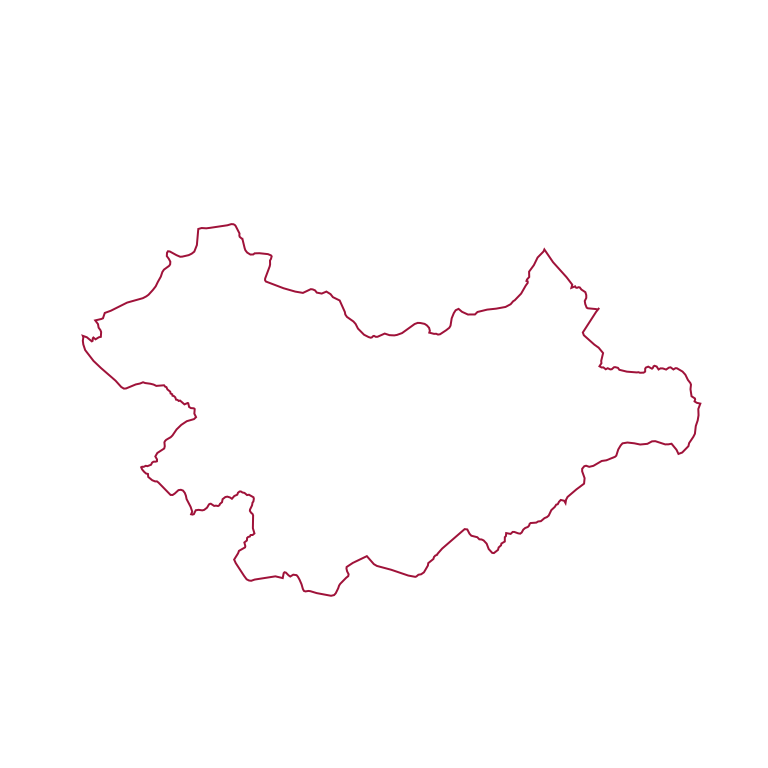 outline of Kabinda, Kasaï-Oriental, Democratic Republic of the Congo, rotated 322°
{"feature_id": "63176286B78021290688444", "entity_name": "Kabinda", "entity_type": "district", "adm_level": 2, "iso_a3": "COD", "parent_name": "Democratic Republic of the Congo", "parent_adm1": "Kasaï-Oriental", "projection": "orthographic", "projection_center": [24.619, -6.075], "detail": "fine", "context": "isolated", "style": "outline", "palette": "rose", "viewbox_px": 768, "rotation_deg": 322, "n_neighbors": 0, "source": "geoboundaries", "source_scale": "gbopen_adm2", "svg_char_len": 6166}
<svg xmlns="http://www.w3.org/2000/svg" viewBox="0 0 768 768"><g transform="rotate(322 384 384)"><path d="M333.1,147.5L322.1,159.3L316.0,162.9L312.7,162.9L309.4,162.2L303.4,159.4L301.7,158.2L299.8,154.7L296.8,147.7L295.5,146.4L293.8,147.0L291.6,149.5L291.5,152.9L290.9,156.1L289.2,158.0L287.6,158.6L281.0,158.4L278.3,159.3L274.2,162.0L268.7,164.3L264.2,166.5L259.8,167.6L253.4,168.7L250.6,168.6L246.8,167.9L231.7,161.7L213.9,158.1L207.7,156.1L203.0,159.2L201.2,158.7L195.6,156.1L195.5,160.7L193.8,163.9L193.7,166.9L193.1,168.9L189.9,172.5L188.0,171.6L184.2,171.2L183.6,168.5L182.7,168.7L180.9,170.6L180.0,170.5L178.6,164.2L176.3,160.6L175.8,162.1L173.3,164.5L171.4,167.7L169.4,173.3L169.3,186.9L170.8,197.1L174.5,216.1L175.1,224.6L176.2,227.5L178.0,228.7L188.1,231.5L192.0,233.4L195.2,234.3L196.4,236.2L200.0,239.9L202.1,242.6L203.4,245.3L209.9,249.6L209.9,251.4L210.6,252.5L210.0,254.9L210.8,258.4L210.0,260.1L210.8,261.7L210.1,263.0L211.0,264.2L211.3,266.0L210.5,268.3L211.5,269.4L211.8,271.0L213.1,271.5L214.2,277.2L217.6,278.1L217.9,278.6L216.3,282.1L217.0,284.1L219.2,286.1L219.4,287.2L216.3,290.6L215.5,294.4L212.7,294.7L205.7,291.9L199.1,291.4L192.6,292.1L185.7,294.3L183.3,294.6L178.1,293.9L176.5,294.1L175.1,294.7L172.9,298.1L171.1,299.5L162.9,298.8L159.2,300.3L158.7,303.7L157.5,305.1L156.2,304.6L154.5,303.3L152.8,303.2L150.7,304.2L147.0,303.1L145.9,301.8L143.6,301.3L142.5,300.3L141.4,300.1L140.8,302.4L140.9,305.4L141.4,308.1L142.6,309.5L141.0,312.1L142.1,317.1L143.7,319.9L145.1,320.9L145.6,322.8L147.5,340.0L149.1,341.3L151.6,341.5L156.7,341.1L158.8,342.3L160.0,344.2L160.0,347.1L159.1,350.1L157.6,353.1L156.0,361.7L154.3,366.5L151.8,367.9L152.7,369.0L154.0,369.5L157.9,367.6L160.4,369.0L163.0,371.7L164.8,372.5L168.4,372.5L172.0,371.1L173.1,371.3L173.8,371.7L175.1,375.5L176.7,376.4L178.1,378.0L179.6,378.2L181.0,377.5L183.6,377.4L185.9,375.4L189.4,375.4L191.2,376.3L192.8,378.6L193.5,380.8L197.1,380.1L200.2,380.9L202.0,379.8L204.0,379.8L205.0,380.5L205.7,382.4L207.0,383.9L207.7,387.2L209.4,388.1L211.4,392.9L210.8,394.3L208.7,396.2L207.4,396.5L205.3,398.4L201.2,400.4L200.2,401.4L200.0,403.7L200.4,405.3L200.0,406.9L191.9,416.9L189.9,422.0L187.5,422.1L185.9,420.9L184.3,421.6L182.8,420.9L181.4,421.0L179.6,422.9L176.4,422.9L174.9,426.4L173.9,427.2L167.0,426.2L164.7,427.6L157.8,430.1L156.9,433.9L155.6,449.1L155.5,453.3L156.6,455.7L158.2,457.3L161.7,458.5L180.0,468.7L184.7,474.6L188.5,471.3L189.7,471.1L190.6,472.3L191.0,476.0L191.6,478.0L195.1,478.4L197.4,480.8L197.5,482.8L197.0,486.1L195.7,491.1L193.9,495.5L193.5,497.7L194.4,499.1L197.0,500.5L198.4,501.9L202.2,507.3L211.9,518.3L214.7,519.6L217.1,519.2L222.1,516.8L224.5,515.2L226.5,514.5L234.9,513.4L237.5,513.4L239.0,512.1L239.6,508.9L240.8,506.3L241.9,505.2L249.4,505.8L264.5,509.1L265.1,519.7L266.4,523.0L275.3,534.8L285.2,549.9L289.9,555.2L291.0,555.6L293.7,555.5L296.1,556.8L299.5,557.0L306.8,554.1L308.6,552.4L315.2,552.3L316.9,551.1L318.8,550.8L320.8,551.3L321.5,550.8L328.5,549.5L358.2,548.0L360.1,549.9L359.2,554.6L359.4,557.3L363.2,562.2L363.5,565.1L365.2,566.6L366.2,568.6L366.6,573.0L364.9,578.5L365.3,583.7L366.5,584.9L371.7,584.9L373.7,583.4L376.9,583.2L378.3,582.0L382.2,582.5L384.9,579.1L386.4,578.9L388.5,576.7L391.5,580.1L394.3,579.8L395.6,580.8L397.8,584.3L399.2,585.8L401.1,585.8L404.1,584.5L406.6,584.4L409.3,585.2L411.2,584.9L412.6,583.9L413.9,583.8L418.7,587.0L420.8,587.2L423.2,588.7L427.9,588.5L430.5,589.2L432.8,589.1L438.2,586.4L442.9,586.0L445.4,585.1L446.9,585.7L449.3,584.6L451.9,584.2L454.1,586.9L453.7,589.6L456.2,587.3L459.1,586.0L470.8,585.5L480.3,585.7L484.1,581.7L486.4,574.8L488.0,572.8L491.2,572.1L492.9,572.8L494.7,575.6L498.6,577.4L508.2,578.7L512.2,581.0L521.2,583.6L522.9,583.5L528.3,579.8L532.7,578.1L535.4,577.6L539.8,580.0L544.7,584.8L548.6,589.4L554.7,593.3L559.9,594.2L562.6,596.1L568.4,604.7L571.1,606.7L573.8,608.1L574.0,615.9L573.0,620.4L576.8,621.6L585.6,620.4L588.1,618.4L595.2,616.1L598.4,614.6L603.8,609.1L608.8,605.8L612.6,602.3L616.3,597.2L621.2,594.2L618.9,591.4L618.0,588.9L619.7,587.7L620.1,586.8L618.8,583.0L622.3,576.8L625.5,573.5L626.0,571.8L626.0,567.9L627.2,562.2L626.9,558.0L624.5,551.9L623.4,551.0L621.0,550.7L620.1,547.3L618.6,546.5L615.2,546.3L613.3,543.4L611.5,541.9L609.3,541.6L609.6,538.1L608.4,536.2L607.3,536.0L605.9,536.8L604.6,536.9L602.9,533.0L600.5,532.3L599.3,532.7L597.4,535.0L595.6,534.9L592.6,532.7L591.8,531.4L590.3,530.5L583.0,523.8L578.2,517.7L578.3,515.3L576.5,513.0L575.5,512.4L572.6,512.6L571.3,511.8L570.0,509.3L567.8,508.9L567.1,506.0L565.6,504.9L564.7,502.7L568.1,501.5L569.4,499.5L575.7,494.5L575.5,487.6L574.0,482.5L571.5,468.6L572.4,465.8L595.7,457.7L600.4,456.6L598.1,456.9L597.2,455.5L591.2,449.8L590.7,448.6L591.8,444.9L593.3,442.2L596.4,440.7L598.1,438.5L599.2,435.6L597.7,431.1L597.7,428.4L596.9,427.5L595.2,427.0L594.5,425.9L594.7,424.7L590.9,423.6L593.5,421.6L593.6,412.4L592.2,392.1L593.2,376.7L591.2,377.8L582.9,378.9L575.3,382.6L567.5,384.8L564.3,389.1L561.0,389.7L559.7,390.5L560.4,391.6L559.5,392.8L556.3,393.7L547.7,397.2L538.6,398.5L536.8,398.3L532.9,399.1L527.2,398.1L518.8,393.7L511.1,388.9L507.1,387.1L502.0,384.8L498.5,385.2L492.9,380.9L489.9,375.1L489.0,370.7L485.9,370.0L482.7,371.1L477.8,373.9L472.3,379.0L470.1,379.9L466.0,379.9L458.8,379.3L457.0,378.3L456.0,376.5L454.3,375.3L451.3,371.4L452.9,370.3L454.1,367.5L453.9,364.2L453.0,361.6L450.2,358.3L448.2,356.6L445.1,355.6L429.6,355.0L424.4,353.3L422.0,352.0L418.4,348.9L415.6,344.7L408.0,342.8L406.6,341.8L405.8,340.0L405.1,339.6L403.1,339.8L402.0,339.3L400.8,337.6L398.6,332.9L397.6,324.3L398.6,319.2L398.4,315.9L396.1,308.3L396.3,305.4L397.5,303.1L400.5,290.9L397.2,284.1L397.2,280.3L395.5,275.7L390.6,274.4L387.3,270.6L387.3,267.8L386.1,265.6L384.7,264.2L376.2,262.3L371.0,256.6L363.8,246.7L354.0,230.5L354.2,228.9L355.3,227.7L366.4,220.9L367.9,219.6L370.2,216.5L372.0,215.8L374.1,214.2L374.1,213.0L372.5,210.2L366.3,204.2L362.5,201.4L360.7,201.4L358.4,199.7L357.1,196.2L357.1,193.3L357.8,191.2L361.8,182.4L361.5,182.2L360.9,179.2L361.4,178.0L362.8,176.4L364.4,168.1L364.3,166.7L363.7,165.4L362.1,164.0L358.3,162.5L342.8,153.7L339.8,151.9L336.3,148.8L333.1,147.5Z" fill="none" stroke="#9f1239" stroke-width="2"/></g></svg>